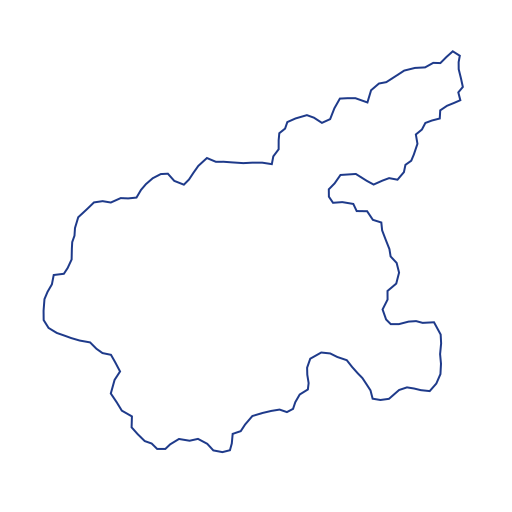 Venda Nova do Imigrante, Espírito Santo, Brazil (Albers equal-area conic projection), rotated 267°
{"feature_id": "56859067B87905446855481", "entity_name": "Venda Nova do Imigrante", "entity_type": "district", "adm_level": 2, "iso_a3": "BRA", "parent_name": "Brazil", "parent_adm1": "Espírito Santo", "projection": "albers", "projection_center": [-41.134, -20.372], "detail": "fine", "context": "isolated", "style": "outline", "palette": "blue", "viewbox_px": 512, "rotation_deg": 267, "n_neighbors": 0, "source": "geoboundaries", "source_scale": "gbopen_adm2", "svg_char_len": 2412}
<svg xmlns="http://www.w3.org/2000/svg" viewBox="0 0 512 512"><g transform="rotate(267 256 256)"><path d="M195.0,45.1L189.6,53.0L186.5,60.6L183.7,67.2L180.8,75.5L178.4,85.8L171.7,91.8L167.1,97.6L164.9,106.0L157.3,109.8L147.8,114.2L139.7,108.3L126.3,103.8L117.1,109.3L108.6,113.9L102.3,123.7L91.4,122.8L84.3,128.5L77.0,135.2L74.2,142.0L68.5,147.2L68.1,155.4L72.4,160.4L77.3,169.5L75.0,180.0L76.4,188.5L71.0,197.5L64.1,203.2L61.9,212.2L63.4,219.8L70.0,222.0L79.6,223.4L81.9,231.6L88.3,236.3L96.4,244.0L98.9,254.3L100.5,263.2L101.4,271.5L98.5,278.7L101.4,285.0L108.0,287.6L115.4,292.4L120.0,300.8L126.3,301.9L134.8,301.0L141.8,301.2L150.6,304.8L156.2,316.1L154.8,325.0L150.9,331.9L147.2,341.2L140.1,346.2L133.5,351.5L128.5,355.9L122.9,359.2L115.8,363.3L107.4,365.0L105.7,372.7L106.4,381.3L114.7,391.9L116.9,399.9L115.4,406.9L113.4,413.6L112.0,422.4L119.2,429.4L128.4,434.0L138.7,435.1L148.4,434.7L159.0,436.3L167.9,436.3L180.5,430.3L180.5,418.9L182.6,412.5L182.5,405.0L180.5,395.2L180.9,387.0L185.8,382.6L196.0,379.6L205.6,385.1L214.2,385.5L221.1,394.6L231.9,398.0L241.7,396.1L248.5,390.4L255.9,389.6L265.7,386.3L275.0,383.3L282.9,382.9L286.0,374.6L294.9,369.3L295.6,358.9L302.9,355.9L305.3,345.0L305.1,335.7L311.4,331.9L318.8,332.2L324.4,338.3L332.5,344.6L332.7,360.0L325.3,370.5L321.2,377.2L324.7,386.3L326.8,393.0L324.8,401.3L332.0,408.1L339.2,410.0L343.0,416.0L349.0,418.9L359.6,423.1L369.0,422.0L373.6,428.3L380.0,432.1L382.1,438.8L383.7,446.7L391.8,447.6L396.0,454.6L398.5,461.8L400.9,468.2L408.8,466.6L414.0,471.4L422.5,470.0L431.9,468.2L439.0,468.5L445.3,470.0L450.1,463.2L444.7,456.5L439.0,450.2L439.6,443.1L435.5,434.7L435.5,424.6L433.4,413.7L427.4,403.3L422.8,395.2L421.8,387.8L415.5,379.6L403.5,375.3L408.4,363.5L408.8,355.6L408.8,348.0L399.4,342.0L388.8,337.2L385.5,328.8L391.1,321.1L394.0,314.2L391.3,302.7L388.1,294.3L381.7,291.7L377.4,285.7L370.5,284.7L361.4,284.2L354.6,278.5L346.9,276.6L348.9,267.0L349.4,257.2L349.4,248.2L350.7,237.3L351.8,228.6L352.2,220.8L356.4,212.1L349.0,203.1L342.4,197.9L335.9,193.1L331.0,187.7L335.3,178.3L342.8,172.3L342.8,165.2L339.1,157.0L333.5,149.8L328.0,144.6L320.6,139.7L320.2,131.4L320.9,123.9L317.0,113.8L318.8,105.7L318.0,97.0L311.4,89.4L304.0,80.5L293.4,76.7L285.8,75.8L279.5,73.2L273.0,72.5L262.2,71.7L253.9,67.3L248.3,63.2L247.6,53.0L238.4,50.7L231.2,46.0L224.0,42.5L212.5,41.0L203.1,40.6L195.0,45.1Z" fill="none" stroke="#1e3a8a" stroke-width="2"/></g></svg>